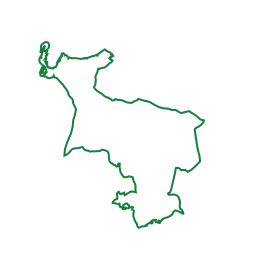 outline of Kampong Svay, Kâmpóng Thum, Cambodia, rotated 79°
{"feature_id": "14789045B4566000056462", "entity_name": "Kampong Svay", "entity_type": "district", "adm_level": 2, "iso_a3": "KHM", "parent_name": "Cambodia", "parent_adm1": "Kâmpóng Thum", "projection": "mercator", "projection_center": [104.694, 12.753], "detail": "fine", "context": "isolated", "style": "outline", "palette": "green", "viewbox_px": 256, "rotation_deg": 79, "n_neighbors": 0, "source": "geoboundaries", "source_scale": "gbopen_adm2", "svg_char_len": 5838}
<svg xmlns="http://www.w3.org/2000/svg" viewBox="0 0 256 256"><g transform="rotate(79 128 128)"><path d="M143.0,195.7L142.6,193.9L141.6,191.6L140.4,189.8L138.6,187.7L138.1,186.5L137.9,185.6L137.9,183.0L138.3,180.6L138.0,176.5L138.4,175.9L140.4,175.2L141.3,174.6L142.7,171.6L143.8,170.1L144.0,167.8L144.7,164.5L145.2,160.3L145.1,159.5L144.4,158.1L144.5,157.2L145.0,155.6L146.7,153.0L148.1,152.1L149.1,152.0L155.3,152.5L157.2,152.4L159.2,151.3L159.6,150.4L161.2,149.4L161.6,147.9L161.9,147.6L163.3,147.1L163.7,146.7L163.6,145.5L161.3,144.2L161.1,143.5L161.2,143.0L162.4,143.0L164.1,143.7L170.3,143.8L175.5,141.5L175.8,140.4L175.9,138.2L175.6,136.3L177.2,132.8L181.0,132.6L184.1,131.8L186.2,131.6L190.0,132.5L192.6,132.5L192.0,133.7L190.9,137.0L191.4,138.9L193.4,144.2L190.7,144.1L190.9,145.0L191.4,145.9L191.2,146.6L191.5,146.9L191.4,148.0L191.1,148.4L188.9,149.1L189.2,150.1L189.9,151.0L191.5,151.8L193.2,151.6L195.1,151.9L195.6,152.2L195.5,152.8L195.9,154.3L196.4,155.2L197.3,156.5L198.6,157.3L200.9,151.5L200.7,150.8L201.3,150.7L203.0,151.1L203.6,151.0L204.5,150.2L204.7,149.3L205.1,148.8L205.4,148.6L206.7,148.5L207.0,148.1L207.0,145.9L206.6,145.1L206.2,145.0L205.8,145.4L204.6,148.0L204.2,148.5L203.8,148.4L203.0,147.5L201.7,144.9L201.9,143.3L203.2,142.7L204.3,141.6L205.0,141.8L206.1,142.6L206.7,143.3L206.9,143.0L206.4,141.2L206.3,139.6L206.5,138.4L206.9,138.3L208.6,139.5L209.0,139.4L210.2,138.2L210.7,138.0L213.5,139.2L216.4,139.6L219.0,139.1L220.0,139.1L220.8,138.6L222.0,138.4L224.1,137.5L224.9,137.7L226.7,137.4L228.0,136.5L227.8,134.9L227.2,133.6L227.6,130.5L227.5,128.7L227.4,128.3L226.5,128.5L226.6,127.7L225.7,126.6L225.5,125.8L225.3,124.1L226.1,123.1L226.2,122.4L225.6,121.9L225.3,121.9L225.2,123.5L224.9,124.1L223.6,122.3L223.2,120.8L223.5,119.1L223.3,118.5L223.5,118.2L224.8,118.8L225.7,118.6L227.3,115.0L227.2,114.6L226.9,114.5L225.4,115.8L224.7,115.8L224.7,115.3L225.2,114.7L225.8,113.5L225.5,113.0L224.5,112.3L224.0,111.5L223.4,109.2L223.2,106.3L222.3,103.0L221.1,100.9L219.2,99.7L217.9,97.4L218.9,95.3L220.6,92.7L222.2,91.2L222.6,90.1L221.4,90.0L218.9,90.7L216.9,92.3L214.4,92.2L213.1,91.7L209.8,91.0L206.1,91.4L204.5,92.1L202.4,94.6L202.0,95.8L201.5,100.3L200.8,101.1L200.2,101.2L199.6,100.8L199.2,99.0L197.0,97.5L180.3,90.1L176.6,88.7L176.3,88.4L176.7,87.1L176.6,86.4L177.1,86.0L177.5,85.1L179.4,84.0L179.7,83.4L179.6,82.7L179.8,81.5L180.2,80.7L180.0,79.9L180.8,79.2L181.2,78.5L182.4,77.9L182.1,77.4L182.2,77.0L182.0,76.1L180.4,72.4L177.3,67.5L174.5,63.6L169.5,63.2L161.3,63.6L155.3,63.5L154.4,63.3L142.7,62.9L141.8,62.5L140.8,60.9L139.9,57.7L138.4,55.0L136.6,52.9L135.0,52.0L133.4,55.3L128.7,59.0L123.1,64.9L123.4,72.7L122.9,73.9L119.4,77.8L119.0,79.7L118.9,81.2L116.8,84.5L115.3,89.9L113.3,93.8L108.4,99.8L106.6,101.7L105.2,104.6L104.2,107.2L101.4,112.3L102.2,113.3L102.5,114.2L103.1,117.3L103.8,119.0L104.0,120.0L102.6,124.2L99.3,129.3L98.7,132.3L97.3,134.6L97.4,135.3L98.2,136.0L97.9,138.3L96.2,139.6L95.3,140.9L94.6,141.2L94.4,142.0L92.5,144.8L89.4,147.1L88.5,148.4L86.8,150.0L85.4,151.5L82.9,153.1L81.8,153.5L81.2,153.5L78.9,151.6L76.6,151.1L75.0,150.5L71.3,150.2L67.7,147.6L64.5,146.2L64.1,145.5L64.7,144.5L64.3,143.7L63.9,141.9L64.1,140.9L64.1,139.6L63.7,138.2L63.3,137.2L62.7,136.8L61.9,135.0L60.7,133.8L60.4,131.9L59.0,130.3L57.9,131.1L57.8,131.8L57.5,132.0L57.0,131.8L56.7,132.0L56.5,132.8L56.1,133.1L54.8,131.7L55.1,130.4L54.2,129.6L54.3,128.8L52.9,129.4L53.2,129.7L53.7,129.6L53.8,129.9L53.2,130.0L53.2,130.3L52.9,130.5L52.1,130.6L52.0,130.3L51.7,130.7L50.7,130.8L49.6,132.6L47.7,134.8L46.4,135.9L50.0,143.7L50.4,144.1L51.9,143.9L51.0,144.5L50.3,144.5L50.1,144.9L50.8,147.5L50.7,149.1L51.4,154.3L52.0,154.9L51.6,156.0L51.4,155.8L51.2,155.9L51.1,156.4L51.1,157.3L51.5,157.9L51.1,158.3L51.3,159.8L51.2,161.2L49.6,165.6L48.7,170.1L47.6,172.2L48.2,173.1L47.7,173.0L46.0,173.8L45.0,174.4L44.8,174.9L44.9,175.5L44.8,176.0L44.4,175.6L42.3,177.2L42.2,178.5L42.5,179.0L43.7,178.8L45.0,179.3L45.6,180.0L43.9,179.5L45.1,180.4L46.2,181.4L46.5,182.0L48.8,183.9L48.2,182.1L48.9,181.8L50.0,184.2L50.7,184.9L54.1,186.8L54.4,187.4L54.2,189.0L55.1,189.7L54.9,190.0L55.3,190.6L54.3,192.6L53.5,193.7L53.8,194.0L53.4,194.9L52.8,195.4L52.3,195.1L51.9,195.2L51.6,195.6L50.6,195.2L49.2,195.8L49.1,196.2L48.7,196.3L48.9,195.5L48.8,195.0L48.6,194.7L48.0,194.6L47.7,194.8L47.8,195.2L47.5,196.1L46.8,196.5L45.8,195.9L44.9,195.1L44.5,195.0L44.5,196.4L43.4,195.2L41.6,195.0L41.5,194.0L40.2,193.1L40.2,193.4L39.7,193.2L39.5,193.6L38.9,193.7L38.7,194.1L37.2,192.9L36.8,194.2L36.4,192.9L35.0,191.9L34.3,190.6L33.9,190.3L32.7,190.2L31.4,189.5L29.3,190.0L28.6,190.9L28.0,191.9L28.1,193.0L29.2,195.8L30.0,197.0L30.9,197.7L35.1,198.7L37.3,199.8L35.7,197.7L32.2,195.0L31.8,194.1L32.0,194.0L35.7,196.6L35.4,195.2L35.7,195.3L37.4,197.7L39.9,198.8L41.6,200.6L42.0,200.4L42.2,199.5L42.5,199.5L42.6,199.8L42.4,200.4L42.8,201.4L43.9,202.1L44.7,202.2L47.2,201.9L48.1,201.1L48.8,200.8L50.2,199.6L51.1,199.2L51.4,198.2L51.9,198.0L53.7,197.9L55.3,197.2L57.7,197.2L57.8,197.4L57.4,197.9L57.4,198.2L57.9,198.2L57.8,198.5L58.2,198.9L59.5,199.4L59.8,199.7L59.8,199.9L58.6,200.0L58.5,200.4L58.2,200.3L57.6,201.3L57.5,202.0L57.2,201.7L56.8,201.8L57.0,201.0L56.2,200.5L55.4,200.2L55.2,200.6L56.2,203.3L56.5,203.7L58.6,203.7L59.6,204.0L60.2,203.4L60.9,201.0L61.6,199.8L61.9,198.6L63.5,197.4L64.1,195.8L64.1,194.2L63.7,192.0L62.4,190.9L63.4,190.9L64.6,190.3L65.0,188.7L65.3,188.4L69.9,185.7L73.1,183.5L74.6,183.1L77.3,181.6L81.2,180.1L84.7,179.8L86.0,179.1L88.8,177.2L89.7,176.9L93.3,177.1L99.7,175.4L106.8,178.5L108.7,179.7L112.4,181.1L115.5,181.8L121.1,184.3L124.5,186.3L127.1,188.4L127.5,188.3L128.2,188.7L130.4,190.4L136.7,193.9L143.0,195.7ZM54.1,199.6L54.1,199.1L53.7,199.0L52.8,199.1L52.6,199.2L53.1,199.8L52.2,200.2L52.2,200.8L55.8,203.2L55.4,202.0L54.4,200.1L54.2,199.9L53.7,199.9L54.1,199.6Z" fill="none" stroke="#15803d" stroke-width="2"/></g></svg>